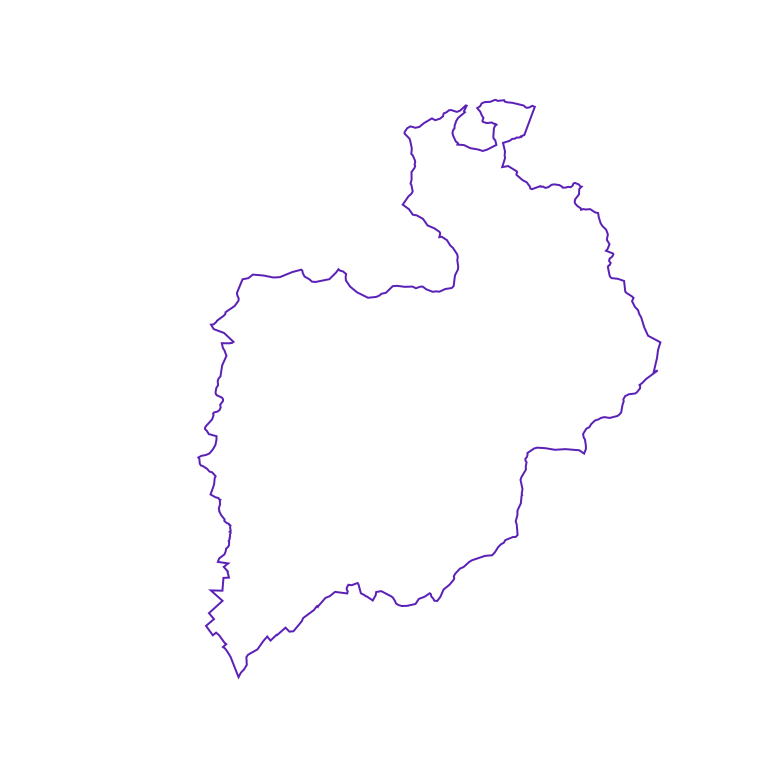 Gheorgheni, Harghita, Romania, rotated 333°
{"feature_id": "2599482B22806778816742", "entity_name": "Gheorgheni", "entity_type": "district", "adm_level": 2, "iso_a3": "ROU", "parent_name": "Romania", "parent_adm1": "Harghita", "projection": "natural_earth1", "projection_center": [25.7, 46.772], "detail": "fine", "context": "isolated", "style": "outline", "palette": "violet", "viewbox_px": 768, "rotation_deg": 333, "n_neighbors": 0, "source": "geoboundaries", "source_scale": "gbopen_adm2", "svg_char_len": 6166}
<svg xmlns="http://www.w3.org/2000/svg" viewBox="0 0 768 768"><g transform="rotate(333 384 384)"><path d="M121.3,579.2L125.3,576.3L129.8,574.7L134.2,572.0L137.4,564.9L139.9,563.5L150.8,563.0L159.9,558.2L165.3,556.0L166.4,561.1L174.4,558.7L174.7,559.2L185.6,556.4L187.3,561.7L191.1,563.2L202.9,558.1L205.8,555.8L219.0,553.6L223.0,551.6L223.7,552.6L224.3,551.7L224.8,552.0L234.7,548.0L239.5,548.4L246.0,547.0L256.1,553.9L257.4,552.6L257.6,549.8L258.3,548.7L261.1,546.7L263.8,548.6L270.1,549.3L270.3,551.0L268.4,560.0L270.9,563.4L271.3,564.7L272.3,565.6L275.7,571.8L280.7,568.4L282.6,565.8L287.5,567.3L294.1,576.6L294.9,578.3L295.3,582.5L295.0,585.0L296.8,587.8L299.1,589.9L304.0,592.2L312.2,594.3L317.5,591.3L323.6,592.0L329.7,591.2L330.3,592.3L329.7,595.0L330.5,597.5L330.4,599.8L332.9,601.5L337.5,599.3L343.9,594.1L351.2,592.6L357.3,590.0L358.4,589.0L358.9,587.0L361.3,585.4L367.8,583.0L371.9,583.2L378.8,581.3L382.4,581.0L396.0,583.0L402.6,585.7L406.4,584.3L411.8,581.1L415.5,579.9L418.8,579.8L421.2,578.2L429.6,578.9L431.9,580.1L434.5,579.2L438.6,569.1L438.9,566.3L443.4,561.3L445.5,557.3L451.7,552.5L455.8,546.1L456.6,545.8L456.8,544.4L459.7,540.5L462.1,531.4L464.0,529.5L471.7,524.6L472.7,522.1L475.5,518.4L475.3,516.5L476.0,514.8L478.2,513.9L479.7,512.3L480.5,510.6L488.5,509.6L491.7,510.3L498.7,514.5L506.4,520.2L516.1,524.4L527.9,531.7L530.7,536.8L534.4,533.6L535.9,530.6L537.9,524.5L537.6,522.6L538.7,518.9L544.0,515.7L547.4,515.7L550.4,513.8L555.4,512.3L559.0,512.9L561.8,512.7L565.2,513.5L569.7,516.7L577.6,518.5L579.7,518.1L582.4,517.0L587.0,510.9L589.6,508.4L590.3,506.3L593.4,504.3L597.5,504.3L603.5,506.5L605.5,506.2L610.2,504.1L611.4,501.9L611.2,500.9L614.6,500.3L619.9,498.5L634.0,496.2L629.9,495.6L639.2,484.6L643.6,478.1L649.2,472.4L641.2,460.9L641.6,451.7L643.4,441.4L643.2,437.3L643.9,433.6L642.6,429.3L642.6,422.8L645.4,420.6L644.7,418.5L641.4,413.0L640.9,411.2L644.7,401.2L640.2,396.5L634.9,393.0L634.3,391.8L634.2,390.0L636.6,381.3L637.9,380.4L638.9,380.6L640.9,379.1L640.4,376.5L642.0,374.7L645.0,374.2L647.1,372.8L647.3,371.7L642.3,366.1L644.7,365.1L648.4,361.8L648.0,356.7L651.4,352.3L652.0,347.3L650.3,342.4L650.0,339.2L651.1,332.8L652.4,328.9L649.9,326.8L647.1,321.8L643.1,320.2L641.0,318.6L638.7,318.3L639.1,316.9L637.1,313.2L636.3,310.4L636.5,308.3L638.2,306.2L643.8,303.6L646.5,298.9L649.6,297.9L648.6,297.1L648.2,294.7L645.3,291.4L643.6,291.5L641.9,293.0L639.7,293.4L637.5,291.9L635.1,291.5L632.3,290.1L632.3,289.2L630.6,286.4L626.1,283.3L623.7,282.6L620.1,283.2L617.8,282.8L616.8,282.5L615.3,280.3L613.5,279.6L613.3,278.7L604.3,277.6L603.2,276.3L603.6,274.2L602.7,269.0L600.1,265.4L597.0,257.9L597.5,256.8L598.8,255.8L598.8,254.8L593.6,246.2L587.8,244.4L594.5,237.6L595.1,235.4L597.4,231.7L599.5,223.2L606.5,224.4L609.4,223.8L612.0,224.8L613.9,224.6L616.7,225.9L618.4,225.5L618.5,226.2L620.5,225.6L622.0,225.9L644.2,205.5L642.3,203.4L639.2,203.6L636.7,202.8L635.8,201.8L634.8,199.2L626.0,191.7L621.5,188.8L619.9,187.3L619.9,185.7L613.7,183.3L612.6,181.6L611.5,181.2L607.0,180.9L601.5,178.5L598.4,178.3L595.9,180.1L592.3,180.5L593.4,185.2L593.1,188.8L593.4,192.0L591.1,194.3L591.1,195.2L594.0,198.2L598.7,199.9L599.8,201.7L601.5,203.0L601.9,204.1L600.5,204.1L598.0,206.1L593.5,213.6L593.1,215.2L593.8,217.2L592.7,222.0L582.3,222.0L577.8,221.2L574.1,217.6L567.9,213.0L563.7,207.4L558.1,204.0L559.2,203.0L558.1,200.4L558.3,194.5L558.9,191.5L560.8,189.2L562.9,188.2L564.2,185.9L567.8,182.4L571.0,180.5L579.5,178.6L579.1,177.2L584.0,173.6L583.4,172.9L576.2,174.9L573.2,174.8L572.2,174.4L568.2,170.4L566.1,169.6L563.0,170.3L560.0,170.0L558.1,172.3L554.3,173.0L549.4,172.2L547.3,169.1L538.0,169.7L532.2,171.0L528.2,169.9L524.6,166.5L520.9,166.6L516.8,168.8L516.0,170.2L518.1,177.0L517.8,179.0L515.7,186.8L512.8,191.4L513.4,193.4L513.1,198.5L512.5,200.6L510.9,202.3L510.8,203.8L509.3,205.3L504.7,207.7L501.2,214.7L498.6,217.5L498.8,218.9L497.0,225.4L494.9,226.9L491.0,227.9L482.1,232.7L485.6,239.6L486.5,246.2L489.8,248.7L493.7,254.5L494.8,262.5L499.6,268.2L502.5,273.6L502.5,275.2L500.0,278.3L502.2,278.9L505.4,284.4L505.9,290.6L507.2,293.9L508.1,301.6L507.3,304.5L505.5,306.9L503.4,313.1L501.9,315.5L496.5,319.5L490.5,328.4L487.8,329.2L481.8,327.2L475.3,326.9L472.3,325.0L469.3,324.0L464.7,318.9L462.6,314.7L460.3,313.7L455.9,313.2L453.6,310.1L446.7,306.9L440.1,302.4L436.2,300.8L427.1,303.6L422.5,302.4L420.4,303.1L416.7,302.9L408.9,299.9L401.6,290.1L398.0,281.8L397.1,274.4L398.3,271.4L400.2,268.8L398.5,265.0L396.2,262.9L395.6,261.1L391.7,263.0L382.9,265.8L369.3,262.0L366.3,260.1L365.0,256.7L362.0,252.2L362.0,248.2L362.7,245.8L362.2,244.6L353.0,242.6L339.7,241.5L333.8,238.9L326.1,232.8L316.9,227.0L311.2,228.1L305.5,226.5L294.3,236.1L293.5,238.7L293.4,241.7L292.2,243.7L286.4,246.7L275.4,248.1L274.3,249.7L271.9,250.5L263.8,251.8L263.0,252.5L259.2,253.5L256.8,252.6L257.2,257.8L264.7,266.0L269.0,278.1L267.2,278.4L264.4,277.4L258.0,274.0L256.8,278.9L257.1,281.7L256.4,287.4L248.2,294.0L241.7,303.0L239.1,304.0L237.3,305.7L235.5,309.8L232.7,311.5L230.1,315.0L229.6,316.6L229.9,318.1L233.4,322.5L233.7,324.3L232.9,326.0L228.6,328.1L227.9,330.6L225.9,332.4L223.5,333.0L219.4,332.2L218.2,332.9L218.0,334.4L214.8,337.5L206.8,340.5L204.4,341.9L204.1,343.1L204.8,345.0L205.2,349.1L211.1,354.5L209.3,357.8L206.0,361.9L201.2,364.9L197.0,366.6L193.0,366.4L188.7,365.1L185.2,365.2L185.4,367.2L183.7,371.3L183.9,373.5L185.3,374.9L187.9,379.3L188.7,382.7L190.8,384.7L192.1,389.8L190.5,390.9L186.9,396.5L179.3,403.7L182.5,408.5L184.7,410.4L184.9,412.1L185.6,412.9L184.7,413.4L183.4,416.7L180.2,420.0L179.9,422.0L179.4,422.4L179.4,427.1L180.5,432.3L179.6,433.4L180.7,436.4L182.3,438.1L182.1,439.0L183.0,440.3L181.6,442.2L181.0,444.7L179.4,445.6L180.1,446.4L179.5,447.4L178.3,448.2L177.6,450.2L176.5,450.9L176.4,451.8L174.3,453.4L174.4,454.3L172.7,457.3L170.7,458.5L168.6,459.0L166.8,461.4L164.4,463.4L157.9,464.6L155.2,467.1L163.7,473.1L158.2,474.2L159.7,479.9L159.4,479.9L158.0,486.1L152.9,483.9L146.2,494.8L136.0,489.3L141.7,503.9L124.0,508.7L125.8,516.3L115.6,518.7L117.4,530.2L121.5,529.3L123.0,532.9L124.5,542.4L125.3,544.2L121.1,545.2L122.2,547.2L122.9,551.0L123.4,557.5L121.3,579.2Z" fill="none" stroke="#5b21b6" stroke-width="2"/></g></svg>